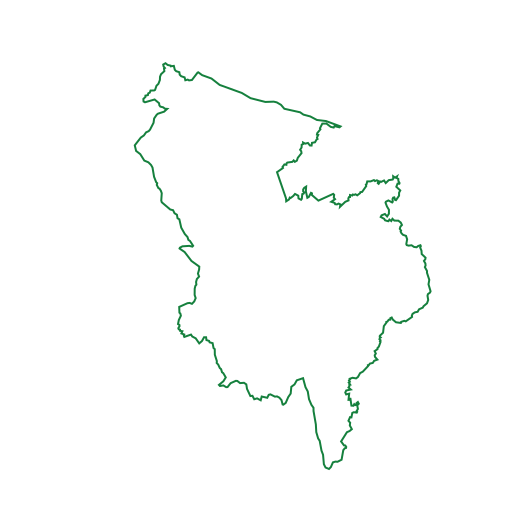 Na Di, Prachin Buri, Thailand, rotated 208°
{"feature_id": "78962969B93124351741283", "entity_name": "Na Di", "entity_type": "district", "adm_level": 2, "iso_a3": "THA", "parent_name": "Thailand", "parent_adm1": "Prachin Buri", "projection": "robinson", "projection_center": [101.834, 14.202], "detail": "fine", "context": "isolated", "style": "outline", "palette": "green", "viewbox_px": 512, "rotation_deg": 208, "n_neighbors": 0, "source": "geoboundaries", "source_scale": "gbopen_adm2", "svg_char_len": 6095}
<svg xmlns="http://www.w3.org/2000/svg" viewBox="0 0 512 512"><g transform="rotate(208 256 256)"><path d="M312.8,400.6L320.1,396.4L334.9,392.8L345.1,393.3L368.4,390.0L378.6,391.8L388.5,390.4L393.2,391.1L393.7,390.5L395.2,381.3L397.6,379.6L399.1,379.7L400.9,378.0L402.9,380.2L406.5,379.6L408.5,380.3L410.0,382.3L413.2,381.7L415.1,382.3L417.8,385.3L420.3,383.5L420.8,384.0L423.7,383.2L426.4,383.7L427.8,381.5L426.5,379.9L424.7,379.2L425.2,378.3L423.7,376.2L425.2,371.9L424.9,369.2L423.5,366.3L423.0,362.2L423.8,359.6L423.1,355.3L423.7,354.3L426.8,352.6L426.5,350.4L427.5,349.0L427.0,347.3L428.9,345.7L428.3,344.5L429.2,341.8L427.8,339.6L426.2,339.6L419.0,346.6L413.3,345.4L412.1,343.7L410.6,343.0L407.7,343.7L405.6,343.3L403.5,344.2L404.9,340.3L409.4,335.6L410.0,334.1L410.5,329.6L409.0,325.5L408.9,317.8L409.4,315.8L411.1,313.6L411.6,309.8L413.3,306.5L415.0,296.8L411.2,292.5L406.0,291.6L399.4,287.8L395.0,288.2L391.4,287.1L388.9,285.5L383.2,278.1L378.8,274.3L377.4,273.9L377.0,272.2L374.0,270.1L372.9,270.2L370.7,269.0L368.7,267.2L365.7,260.5L364.4,259.2L353.6,256.8L350.7,257.5L348.0,255.5L345.2,255.3L343.0,252.5L340.9,252.4L335.3,245.9L329.2,242.0L325.4,240.6L323.3,238.5L321.4,238.3L316.3,235.5L316.6,234.4L319.7,233.6L325.5,230.0L327.1,227.6L327.0,226.7L320.9,226.0L310.6,221.3L301.1,220.0L299.9,217.4L299.0,213.2L296.6,211.1L297.4,207.9L296.7,204.9L295.2,202.7L295.5,201.1L294.8,198.4L291.9,192.8L289.5,190.5L289.2,186.9L290.1,183.7L292.6,183.4L294.4,182.1L299.9,175.0L297.0,170.0L295.8,169.7L294.3,168.0L294.1,163.3L292.9,159.3L291.3,159.2L290.6,158.2L290.7,155.8L289.8,155.0L288.5,155.3L287.9,154.3L285.7,155.0L285.5,152.6L282.5,153.0L282.3,151.7L281.3,150.9L276.5,156.1L274.5,155.0L270.6,155.0L265.1,152.2L263.8,155.5L263.7,159.9L261.9,160.8L260.3,158.5L257.6,159.0L256.4,158.0L253.4,158.7L250.3,154.8L248.7,154.4L246.0,149.5L241.2,144.8L240.5,143.1L238.4,142.4L235.4,140.1L233.7,139.7L231.4,137.4L229.9,137.2L225.7,134.6L226.0,130.1L228.2,124.8L226.8,124.3L224.0,126.4L220.8,126.2L219.6,126.9L218.7,131.8L215.2,136.3L213.8,136.9L210.4,136.3L207.1,138.4L204.3,138.1L201.6,134.5L195.2,129.7L193.5,130.9L190.3,128.7L188.2,130.8L184.1,130.8L185.0,134.6L179.5,136.1L179.6,139.4L178.3,140.6L173.3,140.7L171.5,141.9L168.9,141.9L165.8,140.7L162.8,137.4L162.1,137.5L160.8,140.2L161.3,146.6L160.8,150.8L163.4,157.1L161.7,160.7L161.6,165.4L157.1,170.2L150.7,163.4L146.7,160.7L142.0,154.5L137.2,150.6L134.0,149.0L132.4,146.1L124.1,135.4L120.1,128.8L115.5,124.1L113.0,122.7L106.8,114.9L103.5,112.0L98.3,104.0L95.3,101.9L91.6,102.2L90.8,104.8L91.2,109.9L89.3,111.8L87.4,112.6L84.8,116.3L87.8,125.6L87.3,128.0L86.4,128.8L86.7,129.8L88.2,130.6L89.4,130.1L93.8,132.2L93.0,143.1L91.2,145.4L90.1,148.1L93.6,150.4L94.6,153.0L97.0,153.9L97.3,157.9L96.0,158.3L97.3,162.7L96.3,164.0L93.5,165.0L93.5,165.8L94.4,165.9L94.2,168.8L96.5,171.6L95.9,173.8L97.5,174.9L98.2,173.3L97.7,171.5L98.4,170.9L99.7,171.3L99.7,169.5L101.5,168.7L105.6,174.3L106.1,174.1L105.9,172.9L106.8,172.4L109.1,178.2L111.4,176.1L113.1,177.4L113.2,179.6L109.6,182.6L112.6,183.3L112.4,184.8L113.1,186.0L112.4,186.6L114.7,187.8L114.1,189.0L115.5,189.8L115.1,191.2L115.6,191.6L113.6,193.8L110.2,194.9L109.2,197.0L109.1,201.5L107.4,204.0L105.4,211.3L105.9,212.1L105.2,212.5L104.9,214.5L102.7,216.4L102.5,218.9L100.2,221.5L103.6,222.8L104.6,224.1L104.4,226.1L106.6,227.7L105.0,230.8L105.5,231.7L105.0,233.7L105.7,238.6L106.5,238.8L106.5,240.1L107.9,240.4L108.2,241.8L107.7,242.6L108.9,242.9L109.2,243.7L107.8,247.9L110.2,254.1L109.6,258.3L110.0,258.9L109.2,259.8L108.9,262.0L107.6,262.8L108.2,264.2L107.3,265.4L105.4,264.1L101.3,263.2L96.7,264.9L96.9,266.0L94.6,268.4L93.1,268.6L89.6,275.5L90.4,276.5L90.6,278.4L89.3,280.8L87.1,282.6L87.0,285.5L84.5,288.7L84.5,290.3L82.8,294.5L83.3,298.0L85.9,301.4L86.3,303.0L85.2,305.4L85.3,306.8L90.4,312.0L91.8,316.3L97.2,321.5L97.9,323.0L101.7,325.5L101.8,327.2L102.9,328.9L105.4,330.5L105.0,332.7L105.5,334.1L110.6,335.5L112.4,338.4L115.0,340.5L115.1,342.1L115.9,342.7L117.5,341.0L118.3,339.1L120.7,338.2L123.7,338.5L126.1,336.8L128.0,336.4L128.9,337.1L130.4,341.7L133.0,344.2L136.1,343.7L138.3,344.4L139.8,345.5L139.8,346.5L141.8,347.5L142.3,349.7L141.7,351.9L143.9,353.5L146.9,354.0L150.5,352.2L153.0,352.9L153.0,350.4L155.3,350.8L155.4,348.9L156.3,348.6L158.8,348.1L160.3,349.0L164.2,349.0L164.2,350.9L161.9,353.6L158.8,352.5L158.5,355.7L160.3,359.2L163.6,361.2L166.7,363.9L166.8,364.9L165.2,367.2L160.9,367.2L160.7,368.1L162.2,370.4L162.3,371.9L161.4,372.7L159.4,370.8L158.6,371.0L158.0,376.4L159.4,379.1L159.4,381.6L164.6,383.0L165.0,386.4L163.4,387.1L163.5,387.8L165.5,389.1L166.6,390.9L168.7,390.9L168.9,392.5L170.0,390.5L172.3,390.8L171.2,388.9L171.2,387.7L174.4,385.3L175.7,381.3L178.4,382.8L180.3,380.2L181.3,380.1L181.6,377.3L182.7,377.5L183.1,379.6L184.8,379.6L186.1,378.0L187.5,378.4L189.9,375.6L192.8,374.1L192.1,371.3L192.5,370.6L191.5,369.5L192.4,362.4L193.8,361.4L193.6,360.4L195.1,357.1L197.1,357.2L198.0,356.1L199.4,355.7L199.4,354.6L201.6,354.0L200.7,352.2L201.6,351.6L201.5,350.2L200.4,348.5L202.6,345.8L204.9,338.9L205.7,341.2L207.8,341.0L208.7,339.6L210.4,338.9L211.5,339.8L215.0,339.2L212.9,343.3L214.7,344.0L215.7,346.7L217.0,347.1L226.9,334.2L235.4,336.1L236.0,337.6L237.1,337.6L237.1,332.9L238.0,331.5L242.4,336.6L244.3,340.8L245.4,338.9L245.6,336.9L244.7,335.2L243.2,334.7L243.3,333.3L244.2,332.4L242.4,328.0L242.6,326.8L245.5,326.8L247.0,329.1L250.7,329.1L251.3,326.4L252.7,323.4L253.6,323.4L253.4,321.4L255.0,318.5L256.5,320.9L276.8,339.9L273.5,346.4L274.4,347.1L273.9,350.2L272.0,350.8L272.5,352.1L272.2,353.2L268.1,356.2L267.6,358.1L265.9,357.4L264.7,359.4L265.2,362.3L264.1,368.2L265.3,369.8L266.9,370.5L266.7,373.2L267.9,375.7L266.9,377.1L267.7,378.3L265.3,378.3L263.2,380.2L260.3,378.9L258.8,379.6L259.7,382.2L257.3,384.1L257.2,387.3L256.6,388.2L257.8,389.3L257.9,392.1L259.2,391.8L259.6,393.3L258.6,398.1L259.5,398.8L259.6,404.0L256.0,406.0L250.6,405.1L247.7,405.9L247.7,407.5L242.7,408.8L242.2,410.1L257.6,408.0L266.1,404.7L273.6,404.7L280.5,403.1L284.5,403.6L300.1,399.3L304.9,401.2L309.8,401.4L312.8,400.6Z" fill="none" stroke="#15803d" stroke-width="2"/></g></svg>